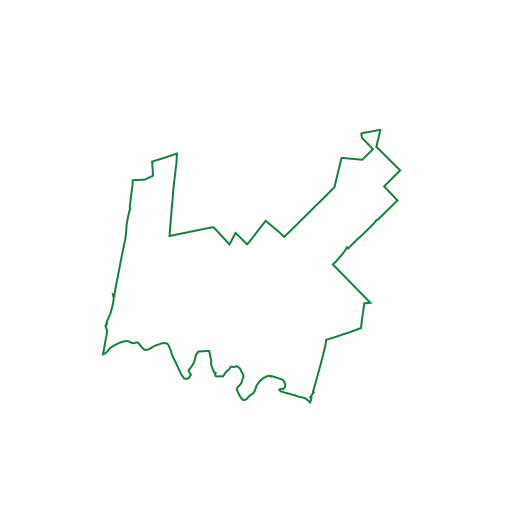 Branesti, Ilfov, Romania, rotated 314°
{"feature_id": "2599482B5534804098776", "entity_name": "Branesti", "entity_type": "district", "adm_level": 2, "iso_a3": "ROU", "parent_name": "Romania", "parent_adm1": "Ilfov", "projection": "natural_earth1", "projection_center": [26.368, 44.46], "detail": "fine", "context": "isolated", "style": "outline", "palette": "green", "viewbox_px": 512, "rotation_deg": 314, "n_neighbors": 0, "source": "geoboundaries", "source_scale": "gbopen_adm2", "svg_char_len": 5961}
<svg xmlns="http://www.w3.org/2000/svg" viewBox="0 0 512 512"><g transform="rotate(314 256 256)"><path d="M274.7,127.9L269.3,125.1L264.4,122.6L251.7,115.7L251.1,116.4L250.5,117.2L250.0,117.7L249.2,118.5L248.4,119.3L247.9,120.0L246.4,121.6L245.5,122.6L244.8,123.3L242.5,125.8L242.3,126.0L242.2,126.1L241.9,126.1L241.5,125.9L239.9,125.3L238.7,124.8L237.7,124.5L237.0,124.2L235.7,123.7L234.8,123.4L234.3,123.2L234.2,123.2L233.7,122.9L233.1,122.5L232.9,122.3L232.7,122.0L231.8,121.2L230.7,120.2L228.9,118.5L228.6,118.1L228.3,117.9L227.7,117.2L225.9,115.5L225.7,115.3L225.3,115.0L225.1,114.9L225.1,115.0L224.9,115.0L224.7,115.1L224.4,115.2L223.8,115.5L223.5,115.7L223.1,116.2L222.8,116.6L222.5,117.0L222.1,117.3L220.4,118.6L218.5,120.0L217.7,120.6L216.8,121.2L213.5,123.6L212.0,124.7L211.2,125.3L210.5,125.9L209.5,126.6L208.6,127.3L206.8,128.7L206.1,129.2L204.0,130.8L203.7,131.1L203.3,131.5L203.0,132.0L202.7,132.4L202.2,132.8L201.7,133.1L199.9,134.0L197.6,135.4L194.9,137.0L193.2,138.1L188.2,141.5L187.3,142.3L186.4,143.1L185.3,144.1L183.8,145.3L183.0,145.9L180.5,147.9L180.1,148.2L179.0,149.0L178.6,149.4L177.2,150.3L174.8,151.8L168.5,155.9L165.7,157.6L163.1,159.2L130.0,180.8L129.4,181.5L129.0,179.8L126.4,183.5L121.0,187.0L120.1,187.6L113.4,191.3L106.6,193.8L106.4,193.9L104.7,194.6L103.7,195.7L103.3,195.6L103.3,196.1L103.0,196.2L102.9,196.1L102.3,196.1L101.3,196.1L100.1,198.1L100.0,198.4L99.7,198.9L99.6,199.3L99.3,199.9L99.3,200.0L99.1,200.5L98.9,200.9L98.5,201.1L97.3,202.0L95.1,203.6L94.8,203.9L93.1,204.9L92.5,205.2L90.9,206.3L86.0,209.6L79.0,214.2L80.0,214.6L80.9,215.0L82.1,215.3L84.1,215.4L87.0,215.1L88.8,215.1L91.2,215.6L95.3,216.8L97.2,217.5L98.6,218.1L100.2,218.8L104.5,221.5L106.2,223.7L106.9,226.3L107.8,228.2L110.9,230.2L111.1,230.3L111.6,231.0L111.7,232.3L111.2,235.3L111.0,238.5L111.0,239.2L111.2,240.7L111.4,241.4L112.5,242.6L115.4,244.1L118.4,244.7L121.6,245.8L125.0,247.6L127.4,248.7L128.6,249.5L129.6,250.5L130.1,251.1L131.3,253.0L131.3,253.9L131.1,254.9L130.6,256.3L128.5,260.9L128.1,261.6L127.0,263.3L125.3,267.3L124.5,269.9L123.3,273.1L120.7,279.7L120.0,281.7L118.9,284.6L118.0,289.6L119.4,291.4L121.4,292.4L125.4,291.7L126.4,287.6L127.3,287.0L128.8,286.8L133.3,286.1L137.4,284.9L143.0,281.6L147.2,280.9L151.1,284.4L155.2,288.3L151.5,293.6L149.6,296.5L146.8,299.0L145.6,301.4L144.4,303.9L144.2,304.0L143.9,305.0L143.2,306.6L143.8,308.0L143.8,308.3L143.4,308.3L142.8,308.7L142.2,309.0L141.6,310.1L142.0,311.2L142.6,312.0L145.5,314.6L146.3,315.9L147.6,315.7L150.5,315.1L154.2,315.2L156.1,315.3L157.4,315.2L159.0,314.9L161.1,317.5L163.5,318.8L164.0,322.7L162.7,325.8L162.4,327.4L161.7,329.4L160.5,330.7L155.7,333.1L153.1,334.0L150.4,333.9L147.7,334.2L146.3,335.1L145.6,337.5L144.0,341.7L143.3,345.5L143.5,346.5L144.3,347.9L146.6,348.6L151.0,348.5L155.3,349.4L157.8,348.9L161.3,347.4L163.2,346.3L168.2,345.7L172.5,345.9L178.0,347.8L178.7,348.2L179.6,350.4L180.2,350.2L181.2,352.1L185.2,360.3L185.5,361.4L185.6,362.3L185.1,363.6L183.4,367.0L181.8,368.0L179.5,368.1L178.6,366.9L176.9,365.8L175.9,365.7L175.9,367.9L177.3,370.7L180.8,377.1L182.5,380.2L184.2,384.1L185.0,385.5L187.0,388.4L187.8,390.4L188.3,394.4L188.1,396.5L187.7,397.1L192.7,394.4L192.5,394.1L192.0,393.2L196.3,392.5L198.0,392.3L197.8,391.4L202.4,389.0L211.4,384.1L217.8,380.6L220.9,378.9L230.9,373.3L235.3,370.7L239.7,368.1L244.5,364.8L247.2,366.3L249.8,367.6L252.5,369.2L260.8,373.4L263.3,374.8L267.2,376.8L269.9,378.1L272.7,379.5L273.9,380.0L276.0,381.0L277.0,381.6L283.1,377.0L295.5,368.0L296.5,367.4L297.3,366.8L299.0,368.4L301.8,370.8L301.8,367.9L301.9,366.9L302.0,362.0L302.1,359.9L302.2,356.4L302.3,351.8L302.3,350.7L302.4,349.1L302.5,343.9L302.7,339.4L302.8,336.1L303.0,328.4L303.1,325.9L303.1,324.8L303.2,321.1L303.2,320.1L303.3,317.1L305.5,317.2L306.0,317.3L307.4,317.5L308.2,317.4L309.0,317.2L310.6,317.2L314.6,317.0L318.6,316.7L319.9,316.5L321.5,316.3L322.9,316.0L325.6,315.5L325.5,317.0L338.7,317.3L344.7,317.8L360.2,318.2L363.7,318.1L364.8,317.7L365.7,317.7L366.9,318.4L381.5,318.8L389.8,319.0L394.3,319.2L394.3,317.5L394.5,313.5L394.6,311.1L394.7,307.8L394.8,305.6L395.0,302.6L395.2,299.8L406.1,300.0L411.3,300.1L416.0,300.2L417.7,300.2L418.2,266.6L418.6,266.6L419.4,266.1L423.3,263.6L426.5,261.8L430.9,259.2L433.0,258.0L433.0,257.7L430.8,256.1L425.4,252.3L419.6,248.1L419.1,247.7L417.6,246.8L417.4,246.7L417.2,246.8L417.0,247.0L416.7,247.4L415.0,249.7L414.8,250.0L414.7,250.5L414.6,250.9L414.5,254.3L414.3,260.7L414.3,261.0L414.2,263.2L414.1,263.5L414.1,265.7L414.0,265.8L413.9,265.9L412.4,265.9L410.3,265.8L408.9,265.8L406.5,265.7L405.8,265.7L405.1,265.7L402.5,265.6L399.0,265.5L391.4,256.0L386.6,250.1L386.1,249.6L385.8,249.6L385.6,249.6L369.6,259.0L364.6,261.9L363.7,262.4L361.2,263.9L360.4,264.4L359.9,264.7L357.7,264.6L346.2,264.4L330.7,264.0L327.7,264.0L320.0,263.8L317.0,263.7L316.0,263.7L315.0,263.7L313.0,263.6L312.4,263.6L311.1,263.6L306.1,263.5L305.9,263.5L305.6,263.5L305.1,263.5L304.0,263.4L301.8,263.4L301.0,263.3L300.6,263.3L297.9,263.3L295.2,263.2L294.5,263.2L294.1,263.2L293.8,263.2L292.2,263.1L291.2,263.1L289.5,263.1L289.5,262.8L289.5,262.0L289.4,261.1L289.4,260.7L289.3,259.8L289.3,259.2L289.3,257.8L289.2,255.4L289.1,253.8L289.0,252.2L288.9,251.3L288.8,250.5L288.7,249.5L288.6,246.9L288.5,245.4L288.4,243.6L288.3,242.6L288.0,238.5L281.0,239.2L276.6,239.7L273.9,240.0L272.0,240.2L265.4,241.0L264.9,240.9L264.4,241.0L264.0,241.0L263.7,241.1L263.3,241.2L261.8,241.3L261.1,241.4L260.1,241.4L259.0,241.5L258.2,241.4L258.2,240.9L258.2,240.3L258.2,239.2L258.3,235.6L258.4,229.7L258.4,225.3L256.8,225.7L251.7,227.2L250.0,227.7L247.9,228.3L245.9,228.9L246.0,226.4L246.1,225.3L246.1,224.6L246.3,223.2L246.5,217.9L246.6,215.6L247.0,209.3L247.1,205.4L247.0,205.2L241.0,200.9L239.8,200.1L234.3,196.3L233.2,195.6L230.4,193.7L229.0,192.7L227.3,191.5L221.5,187.6L217.9,185.1L210.3,179.9L212.8,177.8L220.5,171.5L224.7,168.1L230.6,163.2L240.2,155.5L247.1,149.8L250.3,147.3L268.1,133.8L274.7,127.9Z" fill="none" stroke="#15803d" stroke-width="2"/></g></svg>